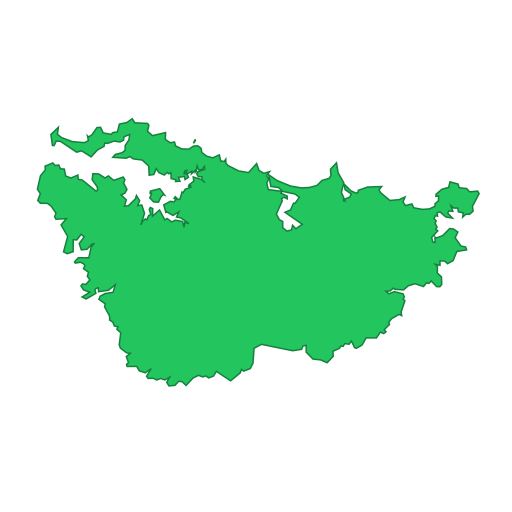 outline of Northern Beaches, New South Wales, Australia, rotated 272°
{"feature_id": "25037944B81755283628627", "entity_name": "Northern Beaches", "entity_type": "district", "adm_level": 2, "iso_a3": "AUS", "parent_name": "Australia", "parent_adm1": "New South Wales", "projection": "albers", "projection_center": [151.285, -33.698], "detail": "fine", "context": "isolated", "style": "filled", "palette": "green", "viewbox_px": 512, "rotation_deg": 272, "n_neighbors": 0, "source": "geoboundaries", "source_scale": "gbopen_adm2", "svg_char_len": 6085}
<svg xmlns="http://www.w3.org/2000/svg" viewBox="0 0 512 512"><g transform="rotate(272 256 256)"><path d="M184.8,388.6L186.8,386.7L192.2,391.8L194.3,390.9L198.1,393.7L202.6,400.9L201.5,403.7L205.1,403.0L216.5,406.4L218.0,404.6L220.3,405.7L223.3,404.3L225.2,395.5L222.9,390.1L225.3,387.1L225.8,391.4L228.7,394.3L227.5,395.9L227.3,404.7L231.6,409.3L233.8,416.0L231.3,424.5L235.1,427.3L234.6,429.7L237.1,432.0L231.7,437.6L231.7,440.8L234.1,442.6L241.6,442.1L245.3,437.8L251.8,437.7L254.0,435.4L253.1,440.2L257.4,440.0L257.6,444.6L255.0,447.7L258.3,453.2L267.5,456.5L269.5,466.3L272.3,465.2L273.1,460.5L281.2,454.4L287.0,456.9L289.9,452.4L290.2,448.6L282.9,441.9L280.1,435.0L281.2,434.2L275.8,434.5L276.3,432.1L280.7,430.9L287.5,436.8L289.2,434.6L291.1,436.0L294.7,434.0L297.5,434.8L299.5,432.6L302.5,433.8L302.2,436.1L305.3,435.4L306.6,438.2L301.7,444.2L300.7,451.0L305.5,446.1L307.7,447.0L307.5,451.2L313.1,449.0L310.8,451.9L310.9,456.0L307.2,456.7L306.3,461.7L302.1,461.2L305.1,464.4L305.1,468.0L308.4,471.4L313.2,470.6L326.1,476.8L328.6,475.3L327.6,467.2L330.8,464.2L331.3,456.7L335.0,455.4L336.9,447.3L331.3,446.1L329.2,439.5L324.1,433.8L321.9,433.7L322.2,436.4L317.5,436.4L314.5,433.1L311.9,433.2L309.1,427.5L308.4,420.7L309.7,411.9L313.5,410.0L311.6,403.6L315.2,401.0L320.2,402.9L317.3,397.0L316.2,387.9L323.9,378.0L326.6,376.7L329.8,379.1L328.8,365.1L325.2,355.9L322.8,355.7L322.4,353.5L324.5,348.5L330.8,341.7L325.4,342.7L321.3,349.0L318.2,347.7L315.7,342.3L314.2,343.0L314.9,341.8L313.5,341.4L317.1,341.8L322.5,339.1L332.2,341.2L342.2,335.1L351.9,333.2L345.4,327.4L338.9,328.1L336.2,326.5L333.8,319.3L328.6,314.5L326.4,307.1L325.6,299.1L327.1,288.2L332.2,274.3L337.6,265.9L326.0,268.4L325.2,276.0L321.4,280.7L319.3,292.9L316.2,297.2L310.1,293.3L310.1,291.7L303.3,288.9L300.7,283.4L289.3,301.1L284.6,294.9L288.0,291.5L283.3,290.6L282.0,285.9L285.3,281.7L291.5,281.5L293.1,278.1L298.7,274.9L311.9,280.3L314.3,279.5L315.7,282.1L314.2,285.2L317.0,285.1L319.6,278.7L321.5,279.7L322.8,266.0L329.2,264.2L333.5,266.0L336.4,263.7L340.8,266.6L338.9,260.9L341.7,256.0L348.4,253.4L339.1,245.6L340.4,235.8L345.4,224.9L347.6,222.7L351.7,222.4L349.4,221.0L349.8,217.4L355.8,215.8L352.6,209.4L354.0,203.3L357.5,198.3L361.8,197.3L364.1,194.0L363.7,189.7L360.5,185.3L360.4,178.2L363.3,171.7L367.1,170.6L366.2,166.3L369.4,161.3L376.2,161.4L372.7,148.4L376.8,143.2L382.8,144.4L384.7,143.0L384.9,130.2L388.9,127.5L384.9,122.3L383.1,114.9L375.1,113.1L374.4,108.7L372.5,106.9L373.7,99.0L379.2,96.1L378.8,92.6L371.4,87.8L369.1,84.4L370.1,83.4L365.5,84.5L363.3,80.7L363.9,68.4L367.5,57.6L370.7,53.3L377.7,54.0L370.3,46.8L359.3,48.7L359.3,50.4L363.8,52.3L363.8,56.5L353.5,73.1L355.0,78.1L349.3,87.8L356.4,93.8L360.2,100.3L363.6,100.8L363.4,103.9L365.9,110.0L365.2,116.1L367.1,119.6L370.6,119.9L373.0,125.5L367.7,125.0L361.9,121.4L357.1,121.5L354.6,118.7L352.6,111.8L349.6,109.4L349.2,123.1L351.0,126.4L348.8,129.9L347.9,138.9L342.2,145.6L333.0,146.4L333.9,151.1L339.9,153.2L335.9,156.1L333.7,161.4L336.5,164.4L335.1,165.9L336.2,168.0L330.4,168.5L329.5,173.2L327.6,173.0L328.1,177.4L331.9,175.7L333.0,181.7L329.9,182.4L332.3,185.8L335.3,184.4L335.8,181.2L338.5,181.8L339.2,183.9L337.0,183.0L335.9,184.8L338.4,188.8L335.8,188.6L339.4,192.3L337.5,192.4L338.6,193.3L344.0,194.0L340.2,195.6L340.3,198.8L343.7,201.4L340.8,201.7L338.0,194.7L335.9,193.9L333.3,195.6L333.2,199.3L330.2,199.3L327.6,202.4L330.5,198.9L332.8,190.5L328.6,191.2L325.0,186.9L324.2,187.8L324.3,186.0L323.5,188.0L323.5,185.6L322.2,188.1L320.2,182.8L316.8,181.1L317.4,179.8L310.4,178.1L309.8,176.2L312.5,173.2L310.7,172.1L309.6,174.1L307.1,172.0L307.7,168.6L303.9,162.0L295.6,164.6L297.2,164.2L297.3,164.8L293.6,171.6L297.5,177.4L292.2,175.2L291.4,179.6L286.0,187.9L287.1,183.6L282.1,183.0L287.9,181.5L289.0,174.1L287.1,170.6L290.4,165.9L289.0,163.5L298.6,158.0L292.2,151.2L299.7,151.2L300.8,148.7L298.8,147.7L293.7,149.4L292.6,147.2L288.3,145.7L289.2,144.1L287.0,141.7L283.0,139.8L294.7,143.1L303.0,140.1L302.3,136.1L307.2,137.8L312.3,134.4L308.9,133.5L301.7,126.6L301.2,122.8L307.7,124.4L312.3,119.0L314.2,122.8L318.1,124.7L324.3,121.1L327.8,122.3L330.3,120.5L326.6,111.2L330.9,105.7L328.7,102.4L332.5,95.9L332.6,90.1L326.5,89.6L319.6,94.9L316.5,95.4L315.2,93.9L325.8,79.8L326.4,75.7L330.7,75.2L327.5,68.4L329.3,63.0L336.2,61.4L336.3,57.5L340.1,55.7L339.4,52.1L341.9,49.7L338.4,42.0L334.8,42.5L328.7,37.8L315.1,35.2L310.7,38.3L303.9,35.9L301.2,38.7L301.3,45.7L298.7,49.5L291.8,54.6L288.1,53.4L285.8,54.8L286.7,65.2L280.3,60.1L269.0,67.1L253.4,63.5L251.7,67.2L253.9,73.1L265.9,72.8L265.8,76.4L271.6,80.5L269.1,83.6L262.3,78.9L256.0,81.2L256.8,86.8L262.1,91.7L263.0,94.1L259.5,91.0L248.4,89.0L248.1,78.6L243.8,74.8L242.6,75.6L243.6,80.8L242.1,84.1L240.3,85.3L237.3,84.0L233.9,89.2L229.9,88.1L226.3,90.8L221.7,87.0L222.0,83.5L220.0,82.1L216.1,84.8L214.0,91.2L209.0,83.6L207.1,87.7L213.1,97.3L216.8,96.1L218.2,97.6L218.7,99.5L214.8,99.9L216.6,109.7L222.4,116.4L214.7,114.4L213.2,106.5L210.4,101.7L207.2,100.5L202.9,107.0L199.9,106.4L191.0,111.7L186.8,112.0L184.9,115.2L181.1,116.9L180.4,120.5L177.9,119.5L174.6,123.5L162.6,122.4L159.2,123.7L154.7,130.1L154.3,133.8L151.0,129.9L144.9,132.3L143.2,130.4L141.1,131.0L141.5,140.6L137.1,143.4L135.4,149.5L139.8,155.2L132.0,150.8L129.9,152.4L130.2,157.6L128.6,161.0L130.3,165.1L128.9,169.2L131.8,173.9L126.6,171.2L123.1,173.6L123.9,179.5L128.0,183.1L127.9,186.5L124.2,190.6L131.9,197.4L134.7,202.7L133.3,207.1L134.4,210.1L132.5,212.9L134.5,217.7L139.3,220.4L130.4,235.0L138.6,244.3L142.2,245.5L140.5,247.7L143.3,254.2L148.6,256.7L163.7,257.3L167.9,264.5L162.6,295.9L164.3,304.8L167.7,306.1L168.4,309.3L161.7,309.5L155.0,316.5L154.4,324.3L151.8,330.8L158.5,336.7L163.5,336.2L166.4,342.3L168.9,344.0L168.8,346.3L171.5,347.7L171.1,352.1L174.3,354.4L167.8,357.7L167.3,359.6L170.7,365.1L178.0,368.9L178.3,379.2L184.3,382.9L182.9,386.3L184.8,388.6ZM306.4,151.9L306.4,156.7L311.7,158.9L314.2,161.1L313.7,162.5L319.9,157.5L317.2,148.2L314.3,147.9L315.6,148.7L314.6,149.5L310.4,147.8L306.4,151.9ZM366.4,189.5L369.0,191.3L370.5,191.2L366.4,189.5Z" fill="#22c55e" stroke="#15803d" stroke-width="1.5"/></g></svg>